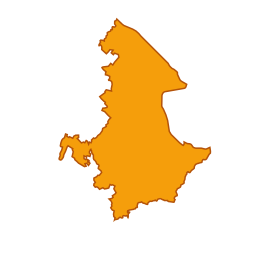 outline of Mpumalanga, rotated 315°
{"feature_id": "ZAF-1209", "entity_name": "Mpumalanga", "entity_type": "Province", "adm_level": 1, "iso_a3": "ZAF", "parent_name": "South Africa", "parent_adm1": "", "projection": "natural_earth1", "projection_center": [29.909, -25.737], "detail": "fine", "context": "isolated", "style": "filled", "palette": "amber", "viewbox_px": 256, "rotation_deg": 315, "n_neighbors": 0, "source": "natural_earth", "source_scale": "10m", "svg_char_len": 5790}
<svg xmlns="http://www.w3.org/2000/svg" viewBox="0 0 256 256"><g transform="rotate(315 128 128)"><path d="M197.6,52.7L201.2,61.4L202.2,65.1L202.4,68.8L202.1,72.1L202.1,110.6L201.4,112.9L201.2,114.1L201.2,115.7L201.3,117.2L201.7,118.2L202.0,119.2L202.3,122.2L202.3,123.2L202.1,123.8L201.9,124.1L201.5,124.4L201.0,124.9L200.7,125.5L198.9,130.3L198.7,131.6L198.9,133.1L200.4,138.6L198.1,139.8L197.0,140.1L195.8,139.7L179.6,128.3L178.6,128.0L177.5,128.0L176.1,128.4L175.0,129.0L167.4,136.3L166.9,137.3L166.3,139.8L164.1,145.4L161.4,150.6L154.8,159.6L153.9,163.2L154.0,174.9L154.4,178.2L154.7,179.3L155.4,179.3L156.0,179.1L156.7,178.7L157.3,178.2L157.8,177.6L158.7,180.4L159.2,181.3L160.3,182.6L160.7,183.3L161.0,184.2L160.9,185.4L160.5,187.3L160.7,188.5L161.6,190.1L165.6,194.1L167.5,197.2L168.1,197.9L168.7,198.3L172.2,199.6L169.9,202.7L168.5,204.0L166.6,204.0L161.7,205.4L160.6,205.3L159.6,204.5L159.2,203.7L158.6,203.4L157.1,203.7L156.2,204.4L155.9,204.5L155.3,204.2L154.3,203.5L152.9,202.8L152.6,202.7L152.1,202.3L151.6,202.1L150.2,201.6L149.1,201.7L147.9,202.1L147.1,202.6L146.5,203.2L145.6,203.3L142.8,202.9L140.4,203.3L139.8,202.9L139.6,202.5L139.6,201.6L139.4,201.5L139.3,201.3L138.5,201.2L138.2,201.2L137.9,201.3L137.1,202.1L136.9,202.2L136.0,202.2L135.7,202.3L134.5,202.8L134.0,202.9L133.3,203.4L132.0,204.5L129.6,205.5L129.3,205.9L128.9,206.5L128.1,206.6L125.0,205.7L124.5,206.1L123.7,206.7L123.2,206.8L121.1,206.3L120.5,206.0L120.0,205.9L118.4,206.4L117.4,206.6L116.8,207.0L116.5,207.8L116.2,208.6L115.8,209.5L115.5,210.1L115.2,210.4L114.8,210.6L113.8,210.1L112.9,209.9L112.2,209.9L111.5,210.1L111.1,210.3L110.8,210.7L110.7,210.9L110.7,211.9L110.6,212.0L110.4,212.1L109.7,212.1L109.3,212.3L108.9,212.7L108.5,212.9L108.0,212.9L107.6,212.5L104.6,208.5L104.5,208.1L104.5,207.8L104.7,207.3L104.6,207.1L103.7,206.3L102.4,204.9L102.3,204.6L102.4,204.1L102.3,203.8L102.1,203.6L101.7,203.1L101.3,201.5L100.7,200.6L99.1,199.6L98.5,199.5L97.3,199.9L96.7,199.9L96.4,199.5L96.3,199.2L96.5,198.6L96.4,198.4L95.9,198.1L95.0,197.9L94.4,197.2L93.2,196.8L92.3,196.1L91.9,195.4L91.5,195.3L90.2,195.1L89.3,195.1L88.8,195.2L88.1,195.8L87.9,195.8L87.6,195.7L87.2,195.0L86.8,194.2L86.3,192.8L85.6,191.9L85.5,191.6L85.5,191.1L85.4,190.6L85.4,189.9L85.2,189.7L84.9,189.7L84.5,189.6L82.8,188.3L82.0,188.2L81.5,188.2L81.1,188.5L80.7,188.9L80.0,189.1L79.7,189.3L78.9,190.3L78.6,190.6L78.2,190.6L77.7,190.1L77.3,189.9L76.6,190.2L76.1,190.3L75.7,190.1L75.3,189.7L74.7,189.5L74.2,189.3L71.1,187.1L69.3,186.3L68.2,187.0L68.1,187.5L68.4,187.4L68.8,187.6L69.5,188.3L69.6,188.7L68.9,188.9L68.1,188.9L67.5,189.0L67.0,189.3L65.2,191.1L64.7,191.3L65.0,190.1L65.3,189.5L65.2,189.1L64.1,188.6L63.9,188.1L63.4,187.6L63.0,187.0L62.8,186.8L62.5,186.7L62.0,186.7L61.5,187.0L61.1,187.5L60.9,187.7L60.7,187.7L60.4,187.6L59.8,187.0L59.6,186.5L59.4,185.6L59.2,185.4L58.8,185.3L57.9,185.2L57.0,185.3L56.3,185.1L54.2,183.8L53.9,183.4L53.6,183.4L55.5,182.2L55.3,181.5L55.5,180.3L56.2,179.6L56.8,178.7L57.8,178.0L59.6,176.9L58.9,174.8L59.4,172.2L61.4,171.8L61.9,170.9L62.3,170.4L63.3,170.1L63.5,169.9L64.1,168.6L64.4,167.7L64.4,164.8L66.6,166.3L68.4,166.5L69.0,164.9L72.3,165.5L73.8,165.3L75.0,161.0L77.7,159.8L76.9,157.2L75.9,156.7L75.4,155.3L71.9,156.8L70.0,155.7L68.3,154.5L68.0,152.5L64.5,151.2L64.7,149.2L64.3,147.5L63.0,146.7L63.2,144.4L64.5,143.4L66.4,143.4L67.0,140.8L68.5,139.3L71.5,140.3L73.3,140.1L74.2,141.2L77.9,140.8L78.6,139.3L78.3,135.6L79.7,134.6L80.7,134.4L81.3,133.0L80.7,132.1L80.7,131.0L81.4,129.4L81.7,127.4L81.5,126.3L82.1,125.0L84.3,122.7L85.1,119.5L86.2,118.2L86.4,117.1L86.6,116.8L86.1,116.7L85.4,117.2L84.2,117.3L83.0,118.4L83.2,120.0L80.9,121.2L79.8,119.1L78.9,118.6L78.0,119.3L77.8,118.2L77.2,116.6L75.2,118.6L75.8,120.5L76.6,120.3L77.4,123.0L77.3,123.7L76.1,123.0L75.5,123.7L76.3,124.9L76.2,126.0L73.6,126.5L73.8,123.7L72.3,122.8L71.4,125.4L69.9,124.5L68.2,117.9L68.2,115.4L68.0,113.0L68.8,111.5L68.2,108.7L72.5,106.1L73.4,103.8L74.3,103.6L73.1,98.2L71.4,98.4L67.3,100.3L63.7,101.5L62.6,102.3L61.8,102.8L60.4,103.2L58.7,103.4L57.8,103.1L57.4,102.3L57.2,101.8L57.4,101.2L58.0,100.7L59.4,100.1L61.0,99.2L61.4,98.3L62.1,97.9L63.1,97.5L64.2,97.2L65.8,96.6L68.2,95.2L67.3,93.5L67.5,92.8L70.0,91.1L72.2,90.0L73.2,89.7L74.1,89.6L76.3,89.9L79.6,88.1L80.4,89.7L78.9,90.6L79.5,92.9L80.5,92.9L81.7,96.2L83.9,95.5L85.9,96.1L88.0,98.1L86.4,99.8L84.7,99.5L84.6,103.0L84.5,105.6L86.6,106.5L87.0,107.9L89.6,107.3L89.9,108.6L88.7,111.6L90.7,110.6L91.4,112.3L92.9,111.7L93.7,110.7L96.6,110.7L97.1,112.0L99.1,112.4L101.3,112.0L104.0,112.4L107.8,111.8L109.8,110.4L113.7,111.6L114.5,110.2L117.2,110.6L118.3,109.2L120.5,108.6L123.0,108.6L122.9,104.6L123.1,99.9L122.0,97.2L124.2,96.2L126.2,97.8L127.8,98.6L128.7,98.0L128.8,94.4L130.2,93.8L129.9,92.2L129.8,88.5L130.2,85.8L136.8,86.8L137.5,85.9L139.6,85.6L142.5,90.2L143.8,88.5L147.6,86.0L149.1,84.0L149.2,82.0L148.1,80.7L148.3,80.2L150.0,80.0L151.6,78.6L150.8,76.2L149.7,74.4L151.1,73.2L152.2,72.7L151.9,69.5L152.1,67.5L152.4,66.8L153.4,67.1L157.8,70.5L161.5,70.1L161.8,72.7L164.9,72.0L171.6,71.5L173.1,69.2L171.4,65.6L169.5,65.8L169.3,63.0L172.5,62.4L170.6,59.8L168.3,60.2L165.2,60.2L164.9,54.0L166.7,52.3L167.3,50.9L167.3,49.5L165.8,49.4L166.0,48.8L168.0,48.1L169.3,47.9L169.9,46.6L170.9,46.6L172.1,48.1L172.8,49.7L173.8,48.6L174.5,48.4L176.0,48.7L176.5,48.5L177.1,47.9L177.6,47.5L177.9,47.4L178.9,47.7L179.1,47.6L179.7,47.1L180.6,46.0L180.9,45.9L182.9,46.5L183.8,47.0L184.3,47.1L185.2,46.5L185.5,46.4L185.7,46.5L186.1,47.1L186.4,47.3L186.8,47.1L187.4,46.2L187.8,45.8L188.2,45.5L188.7,45.5L189.1,45.8L189.2,46.0L189.3,46.5L189.5,46.8L189.8,47.1L190.5,47.3L191.3,47.3L191.7,47.0L191.8,46.9L192.1,45.2L192.2,44.9L194.0,43.2L194.3,43.1L194.5,43.1L195.1,43.5L195.6,43.5L196.6,43.4L197.1,43.1L197.3,50.7L197.6,52.7Z" fill="#f59e0b" stroke="#b45309" stroke-width="1.5"/></g></svg>